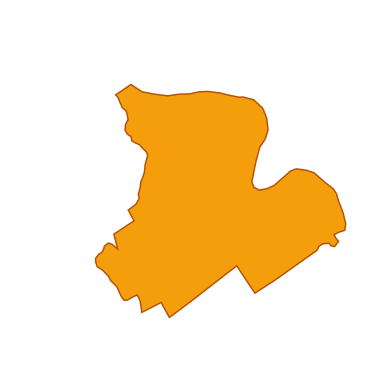 Porto Xavier, Rio Grande do Sul, Brazil (Robinson projection), rotated 57°
{"feature_id": "56859067B25276568047919", "entity_name": "Porto Xavier", "entity_type": "district", "adm_level": 2, "iso_a3": "BRA", "parent_name": "Brazil", "parent_adm1": "Rio Grande do Sul", "projection": "robinson", "projection_center": [-55.156, -27.94], "detail": "fine", "context": "isolated", "style": "filled", "palette": "amber", "viewbox_px": 384, "rotation_deg": 57, "n_neighbors": 0, "source": "geoboundaries", "source_scale": "gbopen_adm2", "svg_char_len": 1572}
<svg xmlns="http://www.w3.org/2000/svg" viewBox="0 0 384 384"><g transform="rotate(57 192 192)"><path d="M307.3,84.8L302.4,80.4L291.7,76.6L279.8,74.1L276.6,73.2L272.3,71.8L266.3,71.8L255.7,75.5L247.2,77.8L242.3,79.2L235.9,84.4L229.3,92.0L228.0,98.4L229.2,105.0L230.0,111.5L231.3,119.3L230.0,127.4L227.0,134.7L221.7,137.4L216.2,136.4L208.8,129.2L201.3,121.8L197.2,117.2L191.5,111.0L187.3,101.5L181.3,94.4L170.7,89.1L163.8,87.7L160.1,87.1L148.2,90.1L140.4,97.2L137.8,101.3L129.5,109.7L124.7,114.0L116.4,123.8L112.0,131.2L109.7,137.2L108.4,140.7L106.4,143.8L102.8,149.8L98.1,160.0L89.9,169.8L80.8,179.3L71.5,183.4L68.6,184.6L69.0,203.2L72.3,202.5L76.0,203.4L79.2,203.8L83.5,204.6L87.6,203.1L92.3,204.4L96.5,206.2L99.0,210.8L103.7,214.5L108.3,214.7L112.5,212.9L116.1,214.7L120.1,212.7L123.9,210.2L128.6,209.7L133.1,208.5L137.0,209.1L143.7,216.6L146.3,218.5L149.9,221.6L153.2,225.7L155.7,229.5L160.6,233.5L164.3,238.0L168.6,239.7L171.7,245.5L172.1,250.4L172.4,255.3L184.6,256.3L184.8,280.5L199.3,285.4L195.9,286.5L192.4,287.4L189.3,289.9L189.6,294.6L193.2,299.5L193.5,304.4L195.3,309.2L199.1,311.2L203.0,312.2L208.8,309.6L217.2,307.9L221.9,308.5L229.7,306.7L232.8,307.0L236.6,307.6L241.4,308.2L245.9,307.9L247.5,304.9L247.8,298.9L248.4,294.1L252.3,294.3L255.8,295.1L260.0,297.0L265.6,299.7L267.8,278.1L284.9,279.3L283.1,252.0L279.1,205.0L278.3,194.7L299.9,194.5L311.1,194.3L311.1,170.6L309.0,119.1L306.6,114.7L306.8,110.3L309.6,105.0L312.8,104.7L315.4,102.2L313.3,96.0L309.0,96.5L305.2,96.0L305.7,90.8L307.3,84.8Z" fill="#f59e0b" stroke="#b45309" stroke-width="1.5"/></g></svg>